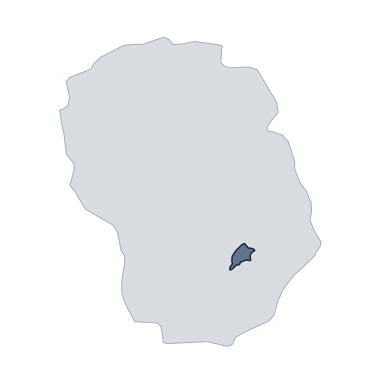 Češinovo-Obleševo highlighted on a map of North Macedonia, rotated 84°
{"feature_id": "MKD-2925", "entity_name": "Češinovo-Obleševo", "entity_type": "Statistical Region", "adm_level": 1, "iso_a3": "MKD", "parent_name": "North Macedonia", "parent_adm1": "", "projection": "albers", "projection_center": [22.298, 41.869], "detail": "fine", "context": "in_parent", "style": "filled", "palette": "slate", "viewbox_px": 384, "rotation_deg": 84, "n_neighbors": 0, "source": "natural_earth", "source_scale": "10m", "svg_char_len": 1844}
<svg xmlns="http://www.w3.org/2000/svg" viewBox="0 0 384 384"><g transform="rotate(84 192 192)"><path d="M172.9,86.7L179.7,87.6L194.4,83.5L203.6,77.8L208.3,76.9L214.5,74.7L223.4,75.1L232.4,77.6L243.9,74.3L255.2,68.9L259.7,70.3L264.6,74.9L267.9,76.1L286.6,100.5L296.9,110.4L309.1,117.9L323.0,123.3L328.0,128.5L337.0,154.4L341.3,164.3L347.2,167.2L348.7,170.0L349.0,173.8L342.5,192.1L340.1,233.0L338.4,236.3L331.4,236.2L322.1,237.1L318.6,240.3L315.0,262.3L300.0,268.7L286.4,272.3L275.0,271.5L254.8,266.3L248.2,265.7L242.6,268.7L224.6,270.2L216.7,274.0L198.0,299.7L179.1,308.5L172.6,312.9L158.3,307.1L151.4,306.4L141.3,312.9L119.5,313.3L113.5,314.3L96.7,315.1L96.0,311.6L93.0,306.3L85.2,303.8L69.1,305.6L65.3,301.7L59.1,279.7L54.0,276.1L48.4,268.6L39.1,244.7L39.1,234.3L40.0,225.2L35.0,203.8L38.5,198.5L43.5,195.2L43.8,186.6L42.6,173.5L49.0,148.1L50.7,146.3L52.1,147.5L66.3,149.8L70.1,146.7L72.5,141.7L73.6,123.0L77.1,114.4L111.7,98.5L121.7,98.0L129.4,105.7L135.4,110.6L139.1,110.5L140.5,105.6L144.8,96.3L151.9,91.0L172.7,86.6L172.9,86.7Z" fill="#d9dde1" stroke="#a8b0b8" stroke-width="1"/><path d="M256.6,135.8L257.2,136.2L257.2,136.3L257.7,137.7L259.3,139.7L261.1,140.9L263.7,140.9L265.0,140.8L265.9,140.8L266.2,141.2L266.3,142.0L266.2,142.4L265.8,142.7L265.5,143.5L265.5,144.6L265.6,147.3L266.1,148.3L266.3,148.9L266.5,149.6L266.9,151.3L267.6,151.7L268.2,151.7L268.9,152.5L269.3,152.8L269.4,155.0L269.7,156.3L271.0,157.5L272.3,159.3L273.1,160.6L273.6,161.8L273.3,162.4L272.2,162.4L270.7,162.1L269.5,161.0L268.0,159.4L266.6,159.4L265.2,159.6L262.8,159.2L260.4,158.8L257.2,156.4L254.5,153.9L253.3,152.4L250.5,149.0L249.0,146.7L248.8,145.5L249.2,144.7L249.7,144.4L250.4,144.4L251.3,143.4L252.1,142.7L253.2,142.2L253.9,141.0L254.1,139.6L254.4,138.3L255.3,136.5L256.2,135.9L256.6,135.8Z" fill="#64748b" stroke="#1e293b" stroke-width="1.5"/></g></svg>